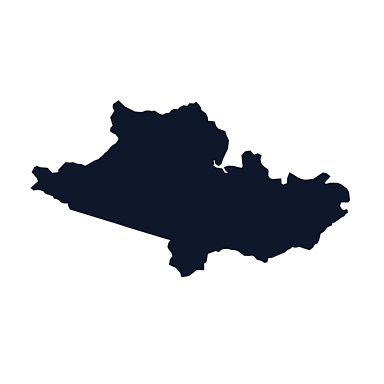 Montenegro, Rio Grande do Sul, Brazil, rotated 320°
{"feature_id": "56859067B94353627471018", "entity_name": "Montenegro", "entity_type": "district", "adm_level": 2, "iso_a3": "BRA", "parent_name": "Brazil", "parent_adm1": "Rio Grande do Sul", "projection": "mercator", "projection_center": [-51.488, -29.71], "detail": "fine", "context": "isolated", "style": "filled", "palette": "ink", "viewbox_px": 384, "rotation_deg": 320, "n_neighbors": 0, "source": "geoboundaries", "source_scale": "gbopen_adm2", "svg_char_len": 2785}
<svg xmlns="http://www.w3.org/2000/svg" viewBox="0 0 384 384"><g transform="rotate(320 192 192)"><path d="M71.8,85.8L72.2,88.4L76.0,90.8L79.3,95.2L79.3,98.9L83.5,105.8L82.8,108.2L84.5,110.3L85.6,113.0L85.6,115.6L87.3,118.1L90.5,120.6L89.0,123.2L88.0,126.7L117.1,171.6L121.9,179.3L142.3,210.5L146.0,215.8L142.1,216.2L138.6,218.6L137.9,221.5L137.9,225.5L136.3,229.1L131.9,230.2L128.5,233.2L131.5,239.4L131.8,246.3L130.1,250.2L136.1,253.8L145.4,254.1L148.0,255.9L151.0,258.7L154.9,253.9L157.8,254.2L164.3,248.8L168.2,250.2L172.9,251.9L174.1,254.4L177.6,254.4L179.7,255.2L183.7,258.3L185.5,261.1L188.2,263.7L189.9,266.6L191.6,274.0L195.2,277.2L197.6,278.7L199.0,281.3L198.9,285.2L201.3,288.7L202.7,292.6L204.9,293.2L208.1,290.6L210.9,293.0L224.4,297.2L228.0,297.1L231.1,298.0L233.6,297.8L236.1,300.8L239.4,302.2L241.7,306.1L245.1,311.5L248.8,311.6L252.4,310.4L255.2,311.3L258.3,309.8L260.5,308.2L263.4,305.9L267.5,306.4L273.3,305.3L277.5,306.6L279.8,305.0L281.6,306.3L289.8,306.9L293.3,307.7L295.6,306.9L297.8,307.4L298.9,305.1L296.6,304.4L295.1,301.9L295.7,297.2L299.8,295.0L305.1,299.6L307.3,299.3L309.1,296.5L311.6,292.5L312.2,288.8L310.5,282.1L308.7,278.9L303.6,274.5L298.8,272.2L299.0,269.3L307.3,268.5L306.4,264.3L304.4,261.9L300.2,261.4L293.2,260.6L286.2,256.1L283.6,252.9L281.7,249.0L280.3,244.4L279.0,240.6L274.1,243.3L270.6,247.2L266.1,245.5L265.2,242.9L268.1,239.1L263.4,235.8L261.3,234.3L259.9,231.8L260.2,228.3L264.1,223.9L262.8,218.7L262.9,214.2L264.8,210.6L268.0,208.3L266.6,205.1L262.9,203.8L262.6,198.2L258.7,195.8L253.9,196.4L247.7,205.5L245.4,206.5L243.9,204.5L239.9,199.1L235.9,195.5L232.7,194.5L232.2,197.3L233.0,200.6L230.6,200.8L228.7,198.3L229.6,193.7L225.5,189.0L224.7,185.5L227.0,183.4L228.3,180.9L231.1,181.2L228.7,185.7L229.7,188.6L232.7,188.6L236.4,186.2L242.0,183.6L246.7,181.5L252.8,175.9L254.1,170.7L255.8,166.8L253.8,163.2L252.2,160.9L252.1,156.9L253.8,152.6L251.4,150.0L249.0,148.1L251.4,144.7L252.5,141.0L251.1,135.0L252.4,132.9L252.7,129.7L252.5,126.3L249.9,126.1L246.9,123.1L243.7,123.9L240.8,120.7L237.0,119.9L233.9,120.3L231.3,117.5L229.0,116.9L225.5,117.5L221.8,115.2L219.1,114.9L217.1,112.4L216.1,109.5L215.0,106.0L212.7,104.9L211.1,102.6L208.6,100.6L204.4,99.1L201.4,96.1L199.4,94.1L194.7,83.3L194.0,75.2L190.8,75.0L188.2,74.7L186.2,76.6L185.3,80.5L181.5,81.8L177.9,82.9L174.3,90.9L171.0,91.2L169.1,93.1L169.9,95.8L171.1,98.4L171.1,101.9L170.4,104.7L168.3,105.5L166.0,106.3L163.8,106.3L160.2,105.8L156.8,106.3L153.3,107.0L149.9,106.9L147.6,107.3L144.5,107.3L141.2,107.3L139.1,106.6L136.9,105.8L126.7,104.1L124.5,99.8L122.0,97.4L119.5,93.2L116.8,91.5L114.0,88.6L104.3,89.7L102.4,91.9L96.7,88.0L96.3,85.2L96.2,81.0L90.9,75.7L89.4,72.7L86.9,72.4L82.6,74.3L82.8,82.0L81.4,85.5L71.8,85.8Z" fill="#0f172a" stroke="#020617" stroke-width="1.5"/></g></svg>